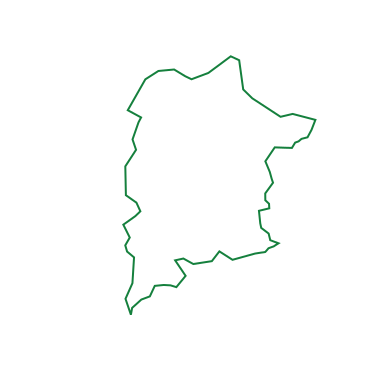 the district of Tiranë, Tiranë, Albania, rotated 123°
{"feature_id": "67620474B90997304428465", "entity_name": "Tiranë", "entity_type": "district", "adm_level": 2, "iso_a3": "ALB", "parent_name": "Albania", "parent_adm1": "Tiranë", "projection": "natural_earth1", "projection_center": [19.888, 41.311], "detail": "fine", "context": "isolated", "style": "outline", "palette": "green", "viewbox_px": 384, "rotation_deg": 123, "n_neighbors": 0, "source": "geoboundaries", "source_scale": "gbopen_adm2", "svg_char_len": 1076}
<svg xmlns="http://www.w3.org/2000/svg" viewBox="0 0 384 384"><g transform="rotate(123 192 192)"><path d="M187.9,91.5L189.8,100.1L185.1,105.1L184.4,114.4L181.1,117.7L171.3,125.6L163.6,118.3L159.9,121.0L159.0,126.0L153.3,129.8L140.1,129.1L137.5,132.4L132.8,137.7L126.3,147.2L109.5,146.9L104.4,138.4L100.6,132.2L94.4,132.4L91.5,130.2L87.8,129.1L83.2,124.9L74.8,125.6L64.3,127.8L71.7,150.1L80.7,158.7L80.6,192.5L78.1,204.9L55.8,224.2L57.1,233.4L83.2,243.1L97.7,253.8L98.6,260.8L99.0,273.7L108.8,286.1L122.9,292.5L158.4,290.4L157.2,275.3L162.7,274.8L180.3,270.5L187.1,261.9L206.8,261.9L230.7,245.7L231.2,232.8L236.3,224.8L243.1,226.4L256.8,231.8L264.1,219.4L273.1,218.9L277.3,214.0L278.4,205.0L300.9,192.3L317.8,189.6L328.2,176.4L321.8,179.1L309.8,175.9L302.5,170.5L291.0,172.1L285.4,165.1L282.0,159.2L280.3,153.3L265.8,151.7L258.5,168.9L252.5,163.0L251.7,151.7L239.2,137.7L226.9,136.7L226.8,121.1L209.3,105.6L204.9,100.7L203.4,98.9L202.4,97.9L200.6,97.6L197.5,97.2L193.9,94.5L193.2,93.9L192.3,93.5L191.1,93.0L187.9,91.5Z" fill="none" stroke="#15803d" stroke-width="2"/></g></svg>